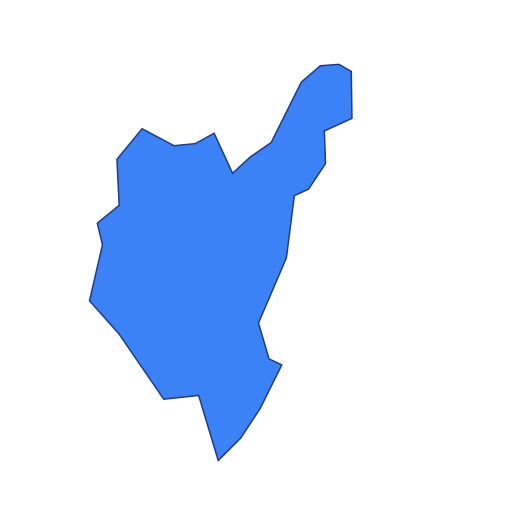 Gjirokastër, Gjirokastër, Albania, rotated 243°
{"feature_id": "67620474B28188595050305", "entity_name": "Gjirokastër", "entity_type": "district", "adm_level": 2, "iso_a3": "ALB", "parent_name": "Albania", "parent_adm1": "Gjirokastër", "projection": "equal_earth", "projection_center": [20.246, 40.01], "detail": "fine", "context": "isolated", "style": "filled", "palette": "blue", "viewbox_px": 512, "rotation_deg": 243, "n_neighbors": 0, "source": "geoboundaries", "source_scale": "gbopen_adm2", "svg_char_len": 551}
<svg xmlns="http://www.w3.org/2000/svg" viewBox="0 0 512 512"><g transform="rotate(243 256 256)"><path d="M249.1,98.5L170.3,108.8L157.8,141.6L90.9,129.5L100.7,159.7L118.4,190.7L147.2,229.5L158.4,220.9L195.2,227.8L240.5,282.2L292.4,317.6L291.7,333.1L306.8,359.9L336.4,373.7L335.1,404.0L377.2,424.7L389.1,416.9L396.3,399.7L390.4,375.4L350.2,321.0L346.9,296.0L340.3,272.7L384.4,274.4L383.7,252.8L391.5,233.0L421.1,212.3L405.3,176.0L363.3,157.1L357.3,129.5L335.7,124.3L291.7,87.3L249.1,98.5Z" fill="#3b82f6" stroke="#1e3a8a" stroke-width="1.5"/></g></svg>